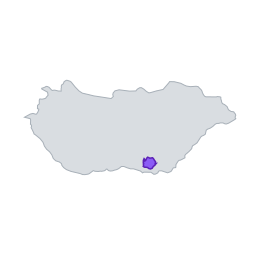 Hódmezôvásárhely on a map of Hungary (Equal Earth projection), rotated 12°
{"feature_id": "HUN-4917", "entity_name": "Hódmezôvásárhely", "entity_type": "Urban county", "adm_level": 1, "iso_a3": "HUN", "parent_name": "Hungary", "parent_adm1": "", "projection": "equal_earth", "projection_center": [20.359, 46.389], "detail": "fine", "context": "in_parent", "style": "filled", "palette": "violet", "viewbox_px": 256, "rotation_deg": 12, "n_neighbors": 0, "source": "natural_earth", "source_scale": "10m", "svg_char_len": 3084}
<svg xmlns="http://www.w3.org/2000/svg" viewBox="0 0 256 256"><g transform="rotate(12 128 128)"><path d="M208.7,78.7L211.5,78.4L212.4,78.6L212.8,80.4L212.9,80.5L213.6,81.7L214.3,83.3L215.3,84.5L217.6,85.0L220.5,86.5L222.4,89.2L225.3,90.4L225.5,90.4L226.1,90.3L228.1,90.2L228.5,90.7L230.2,92.1L230.8,93.3L230.5,94.6L230.8,96.0L231.5,96.5L230.7,97.5L225.5,102.3L223.4,103.6L222.0,103.8L219.9,103.3L217.6,103.7L215.6,104.7L213.8,105.1L212.4,106.3L210.6,108.9L208.4,111.1L206.2,112.5L205.0,113.8L204.9,118.0L203.7,119.3L202.0,120.5L201.1,121.6L198.6,128.2L196.7,130.3L194.9,131.9L194.6,133.3L194.6,135.0L192.5,138.4L189.8,141.9L189.3,143.3L189.9,145.3L187.3,147.5L185.8,148.6L184.5,149.1L183.7,150.5L182.5,153.9L182.8,155.4L182.9,156.8L180.6,157.6L180.0,159.2L179.4,161.1L178.5,162.0L176.0,163.6L169.8,162.9L167.4,163.4L166.7,164.5L166.6,165.5L165.8,166.3L164.4,167.4L162.9,167.9L159.6,166.5L152.7,167.9L151.5,168.9L150.5,168.2L149.0,167.5L142.0,166.8L139.2,167.4L135.5,167.1L132.1,166.5L129.6,167.0L127.3,169.7L126.2,170.6L125.3,171.2L123.4,172.1L121.8,173.1L119.6,173.8L117.7,173.7L115.9,172.5L115.3,172.8L114.7,173.9L113.7,174.8L111.0,175.9L110.3,175.9L110.1,175.9L108.0,176.7L104.6,177.2L102.9,176.9L99.7,180.6L98.8,181.3L95.8,182.5L93.3,183.0L91.3,182.6L90.4,182.5L81.2,182.3L76.4,181.5L73.3,180.1L71.2,178.4L70.3,176.6L67.9,175.5L64.1,175.1L61.2,173.3L59.1,170.1L56.3,167.6L52.8,165.7L50.0,163.1L47.9,159.7L44.2,156.7L38.8,153.9L37.2,153.3L36.9,152.5L34.3,149.1L33.2,147.9L33.3,146.2L32.8,145.2L31.8,144.6L31.4,142.2L31.1,140.4L30.4,139.2L24.5,139.0L29.5,134.7L32.0,133.5L34.8,133.7L35.7,133.3L35.9,132.7L36.5,131.3L36.7,130.0L37.0,128.8L36.7,128.1L35.4,127.9L34.8,124.8L35.5,123.7L36.2,122.9L35.4,119.2L35.7,117.9L37.9,117.7L39.8,116.9L41.3,116.0L41.7,114.9L43.0,112.6L41.9,109.7L35.6,107.8L35.3,107.1L36.8,106.3L38.4,105.2L39.3,104.3L40.6,104.2L42.3,104.6L45.3,106.7L46.4,107.0L47.6,106.4L48.8,106.2L52.1,106.3L55.0,105.8L54.4,103.7L54.4,102.1L54.0,100.8L54.3,99.4L55.5,98.3L55.9,95.9L57.7,94.2L58.5,94.0L61.6,94.3L62.3,94.7L62.8,94.8L67.7,98.8L72.3,101.9L76.1,103.4L81.8,103.5L87.8,103.7L97.9,103.1L105.4,102.7L105.9,102.0L107.1,100.2L106.2,98.6L106.2,96.8L107.5,94.4L111.3,92.5L121.9,91.6L128.0,90.1L129.0,88.1L131.0,86.2L132.8,85.8L135.4,86.7L138.4,88.4L141.1,89.3L142.7,88.7L148.1,85.8L154.3,83.0L158.6,75.2L159.0,74.0L163.6,73.1L170.4,73.3L173.9,74.3L176.5,74.8L180.4,74.6L186.0,73.0L188.1,73.0L189.7,74.2L191.4,75.2L192.6,76.4L193.6,78.2L194.1,78.8L194.8,79.7L196.3,81.0L197.7,81.3L208.1,79.2L208.7,78.7Z" fill="#d9dde1" stroke="#a8b0b8" stroke-width="1"/><path d="M162.0,155.4L162.0,157.1L163.0,156.8L162.4,157.9L161.9,159.1L160.8,160.2L160.0,162.4L158.5,163.4L156.7,163.3L155.4,162.6L154.1,162.6L152.3,162.9L151.6,162.7L150.8,162.2L151.1,161.7L151.0,161.1L150.7,160.6L150.5,160.0L150.7,159.4L150.3,159.1L150.1,158.6L150.0,157.7L149.8,156.9L149.8,156.0L150.1,154.6L150.8,155.1L151.4,156.7L152.1,155.8L152.7,153.4L153.2,152.5L154.3,152.6L155.6,153.0L158.2,152.0L159.3,152.7L160.3,153.8L161.4,154.8L162.0,155.4Z" fill="#8b5cf6" stroke="#5b21b6" stroke-width="1.5"/></g></svg>